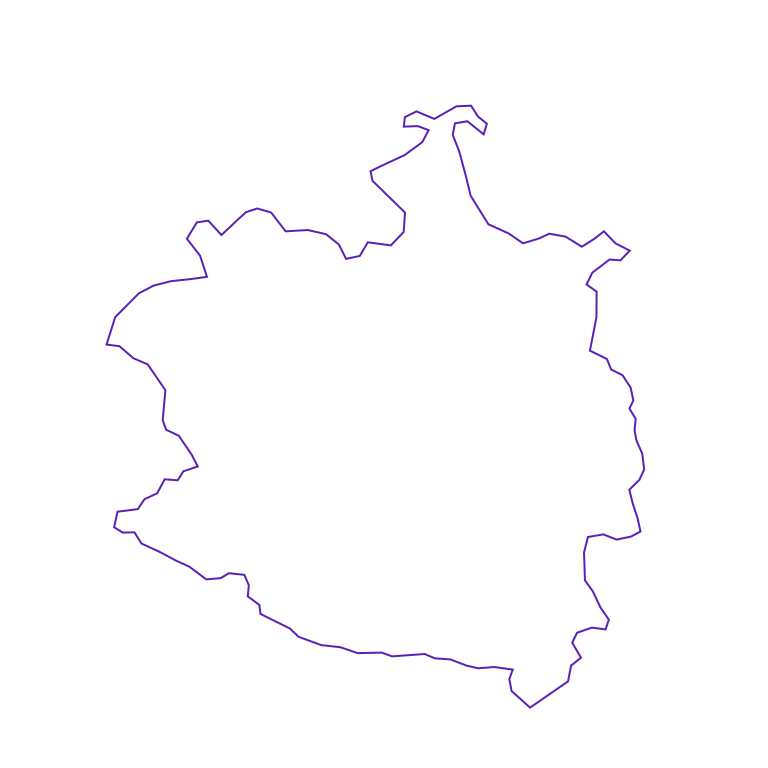 outline of Capela de Santana, Rio Grande do Sul, Brazil, rotated 101°
{"feature_id": "56859067B10907533932914", "entity_name": "Capela de Santana", "entity_type": "district", "adm_level": 2, "iso_a3": "BRA", "parent_name": "Brazil", "parent_adm1": "Rio Grande do Sul", "projection": "robinson", "projection_center": [-51.367, -29.711], "detail": "fine", "context": "isolated", "style": "outline", "palette": "violet", "viewbox_px": 768, "rotation_deg": 101, "n_neighbors": 0, "source": "geoboundaries", "source_scale": "gbopen_adm2", "svg_char_len": 1940}
<svg xmlns="http://www.w3.org/2000/svg" viewBox="0 0 768 768"><g transform="rotate(101 384 384)"><path d="M673.8,178.9L640.8,146.6L624.7,146.6L615.1,138.4L602.0,149.9L591.3,147.0L583.5,133.5L582.6,119.7L572.4,118.3L562.2,128.8L547.6,139.5L538.4,149.3L522.9,152.8L511.3,155.5L495.3,154.6L489.8,140.1L492.3,125.9L486.6,112.3L479.8,104.1L467.5,109.4L453.5,117.2L440.9,123.0L429.3,115.0L418.2,112.3L403.1,117.2L391.3,125.4L381.7,129.2L370.2,130.3L361.3,138.4L352.6,136.1L340.5,141.2L329.9,151.5L326.5,163.7L316.9,170.0L312.0,188.2L278.0,188.2L252.8,192.9L247.6,204.2L234.9,200.7L218.8,186.4L217.5,175.5L206.2,168.2L201.8,183.5L192.2,197.3L201.5,205.4L211.5,216.0L204.7,233.9L204.9,250.3L211.5,259.5L219.4,274.4L212.4,290.4L207.3,312.0L182.6,334.9L163.7,343.6L141.4,354.5L126.3,364.1L114.6,364.1L110.2,352.3L119.9,333.8L108.9,332.7L103.4,342.9L94.2,351.6L97.6,365.9L114.2,385.2L110.2,404.1L118.0,414.4L127.6,413.7L124.4,400.1L126.3,388.6L139.3,392.6L155.4,407.5L171.5,429.7L177.7,437.8L186.8,434.0L211.7,396.1L231.0,393.7L246.6,403.7L248.0,426.9L262.9,432.2L268.4,445.1L255.7,454.9L248.0,469.4L247.4,488.1L252.9,509.7L237.2,527.5L235.9,541.9L241.6,552.2L249.9,558.4L268.8,572.0L257.2,587.6L261.0,598.5L279.0,605.2L293.1,589.1L312.6,578.2L317.9,593.8L323.7,612.7L331.3,628.8L341.7,641.9L369.6,660.6L398.2,663.9L397.4,650.8L406.5,635.0L409.9,619.6L431.8,597.4L461.8,594.3L470.5,589.1L473.9,575.6L490.3,559.1L500.5,551.1L507.9,564.2L517.9,568.2L519.4,581.1L534.5,585.8L542.7,597.1L553.8,601.8L560.2,621.2L576.1,621.6L579.7,612.1L577.2,600.7L586.9,591.6L591.8,571.5L597.1,554.4L600.5,540.2L609.7,521.2L605.8,507.4L599.3,500.1L598.0,484.7L607.3,478.3L618.4,477.2L624.7,464.2L633.3,461.4L642.0,429.7L648.5,419.5L652.3,395.7L650.7,376.8L653.2,358.5L648.1,334.9L649.8,324.0L641.3,292.6L643.6,281.7L641.7,266.4L644.7,249.2L645.1,237.4L640.8,221.8L639.8,203.1L649.8,204.7L661.0,200.2L673.8,178.9Z" fill="none" stroke="#5b21b6" stroke-width="2"/></g></svg>